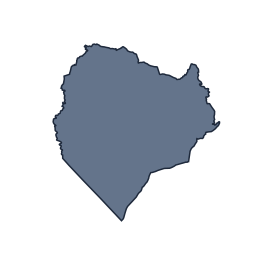 Ea Sup, Đắk Lắk, Vietnam, rotated 296°
{"feature_id": "81297802B87471755079038", "entity_name": "Ea Sup", "entity_type": "district", "adm_level": 2, "iso_a3": "VNM", "parent_name": "Vietnam", "parent_adm1": "Đắk Lắk", "projection": "robinson", "projection_center": [107.824, 13.181], "detail": "fine", "context": "isolated", "style": "filled", "palette": "slate", "viewbox_px": 256, "rotation_deg": 296, "n_neighbors": 0, "source": "geoboundaries", "source_scale": "gbopen_adm2", "svg_char_len": 5763}
<svg xmlns="http://www.w3.org/2000/svg" viewBox="0 0 256 256"><g transform="rotate(296 128 128)"><path d="M185.6,190.7L185.2,189.5L184.6,188.7L184.6,188.4L187.4,186.0L187.8,186.1L188.2,186.0L189.4,184.7L189.9,184.5L190.2,184.6L190.4,184.9L190.5,185.6L190.7,185.9L192.1,186.7L192.5,186.7L193.2,185.7L194.5,185.1L194.9,185.0L195.2,185.1L195.8,185.5L196.0,185.4L196.0,184.2L196.1,183.9L196.3,183.7L198.1,183.4L198.3,183.3L198.5,183.0L198.4,182.5L198.3,182.2L197.7,181.4L197.4,180.9L197.4,180.1L197.5,179.7L198.4,178.4L198.4,178.2L198.4,177.8L197.7,176.1L197.7,175.2L197.8,174.4L198.2,173.7L198.5,173.3L198.7,173.2L199.1,173.3L199.2,173.5L199.3,174.7L199.3,174.9L199.5,175.1L200.0,175.0L200.4,174.7L201.4,173.4L201.6,172.8L201.7,171.4L202.1,170.4L202.4,169.9L203.2,169.0L204.5,168.3L206.2,168.3L208.3,166.4L208.7,166.4L209.2,167.0L211.1,165.9L211.9,165.2L212.8,163.2L213.9,161.9L214.2,161.5L214.2,161.0L214.1,159.8L213.6,158.6L213.6,157.8L213.7,157.5L213.4,157.0L213.2,156.8L210.3,157.0L209.5,157.2L208.2,157.3L207.6,157.3L207.3,157.1L206.8,156.4L206.5,156.3L205.8,156.4L205.3,156.8L204.6,157.0L203.4,156.8L201.3,156.9L201.1,156.8L201.0,155.8L200.6,155.7L199.8,155.8L199.5,155.7L198.9,155.0L198.5,154.8L198.3,154.7L197.6,154.9L197.3,154.9L196.5,154.1L195.8,153.7L194.5,153.2L193.8,151.8L193.1,150.9L193.0,150.4L193.6,149.3L193.3,146.8L193.4,142.1L193.1,140.9L192.4,138.8L192.3,137.0L192.1,136.5L191.8,135.5L190.2,133.5L190.2,132.8L195.4,127.8L195.6,127.5L195.6,127.2L195.5,126.9L194.6,124.7L193.8,121.0L193.7,119.0L194.1,117.3L194.1,116.6L193.9,115.4L194.0,114.5L194.2,114.0L194.2,113.4L192.8,111.4L192.2,110.1L191.8,109.6L191.1,109.1L191.0,108.8L191.4,108.4L192.2,108.0L193.1,107.9L193.6,107.7L193.9,107.4L196.3,104.7L197.6,103.6L198.0,102.9L197.7,101.0L198.2,99.5L198.2,98.8L197.8,98.2L197.4,96.9L197.2,95.7L197.2,94.5L197.2,93.7L198.2,92.2L198.7,90.1L198.9,88.4L198.9,88.0L198.7,87.7L198.3,87.4L197.3,87.1L197.1,86.7L196.5,86.6L195.3,85.6L194.5,84.8L192.8,83.6L192.8,83.3L193.0,83.1L193.5,82.9L193.8,82.7L193.9,82.3L193.6,81.9L193.2,81.6L192.6,79.2L191.7,77.6L191.6,77.0L191.7,75.9L190.8,72.6L190.6,71.5L189.4,67.9L189.5,66.8L189.8,66.0L189.8,64.3L189.8,63.3L189.7,63.1L189.2,63.0L188.9,62.6L188.8,62.1L188.7,61.1L187.9,59.9L186.6,59.6L185.5,59.5L185.2,59.4L185.0,59.0L184.9,57.8L184.8,57.5L183.9,56.6L183.7,56.1L183.7,53.6L183.4,53.5L182.7,53.2L182.0,53.2L181.9,53.4L181.9,53.7L182.0,54.8L181.7,55.3L181.2,55.3L180.6,55.0L180.3,55.1L180.1,55.3L180.2,56.5L180.2,57.1L180.0,57.7L179.8,57.8L179.1,57.5L178.8,57.0L178.5,56.8L177.6,57.0L177.1,56.8L176.6,56.9L173.5,55.6L172.7,55.5L172.4,54.9L171.3,53.7L170.9,53.4L169.9,53.3L169.3,52.9L169.2,52.6L168.9,52.2L168.3,52.0L167.3,52.3L166.2,52.3L165.9,52.5L165.0,52.9L163.6,53.2L162.7,53.3L161.9,53.6L161.5,53.0L161.5,52.3L160.9,52.4L160.6,51.5L160.4,51.2L160.0,51.2L159.7,51.1L159.4,50.8L158.5,50.3L157.1,50.5L153.3,51.4L152.1,51.5L150.6,51.9L146.6,47.8L144.1,49.3L139.4,50.6L139.2,50.6L138.5,50.2L138.1,50.2L137.7,50.0L137.2,50.1L136.8,49.9L136.5,50.1L135.7,50.1L135.4,50.4L135.3,50.5L134.5,50.3L134.5,50.8L134.3,51.5L134.1,51.8L133.3,52.3L133.4,53.0L133.7,53.5L134.1,54.6L134.0,54.8L133.9,54.9L133.4,55.1L132.7,54.4L132.5,54.5L132.1,54.7L131.7,54.6L130.8,55.4L130.1,55.9L129.6,56.9L129.2,57.0L128.9,57.2L127.9,57.2L127.5,57.7L126.6,57.9L126.2,58.2L126.1,58.4L126.0,58.8L125.6,59.1L124.9,59.3L124.2,59.1L123.8,59.3L123.3,60.4L122.8,60.9L122.6,60.9L122.2,60.5L121.9,60.0L122.0,59.5L122.3,58.6L122.3,58.3L122.1,58.3L121.9,58.3L121.0,59.2L119.9,59.5L119.5,59.5L119.0,59.2L118.6,59.2L118.5,59.5L118.6,60.4L118.5,60.9L118.1,61.3L117.7,61.5L116.4,61.0L115.5,61.2L115.0,61.2L114.7,60.9L114.4,60.4L113.9,60.1L113.7,60.1L113.1,60.1L111.7,60.5L111.4,60.5L110.5,59.8L110.1,59.3L109.0,59.4L108.5,59.2L108.3,58.9L108.1,58.1L107.8,57.7L107.5,57.5L106.7,57.6L106.2,57.8L106.0,58.1L106.0,58.7L105.9,58.9L105.6,59.1L105.2,59.1L104.7,58.3L104.2,57.7L103.8,57.4L103.3,57.2L100.8,58.0L99.9,58.8L99.3,59.7L98.9,60.6L98.8,61.6L98.7,61.9L98.6,62.0L98.3,62.0L98.0,61.7L97.7,61.3L97.1,61.5L96.9,61.8L96.4,62.3L94.1,63.5L93.7,64.0L93.2,66.1L92.7,66.6L92.3,66.6L91.8,66.2L91.5,66.1L90.8,66.1L90.2,66.2L89.9,66.4L89.3,67.0L88.6,67.5L87.9,68.7L87.6,69.0L86.4,69.0L86.0,69.1L85.9,69.3L85.9,69.8L86.2,72.5L86.0,74.2L85.7,74.6L85.3,74.7L85.0,74.6L83.5,73.5L83.1,73.5L82.8,73.9L82.7,75.7L82.5,75.9L82.2,76.0L80.4,76.1L79.8,76.5L79.6,77.3L79.6,78.5L79.3,78.8L79.1,78.8L78.2,78.5L77.9,78.6L76.9,79.3L75.8,79.4L75.4,79.7L75.1,79.9L74.9,80.9L75.0,81.1L74.7,81.3L72.1,82.6L68.6,91.2L60.9,111.6L53.5,131.9L41.8,162.8L44.1,163.5L45.4,163.5L49.6,162.7L54.8,161.9L57.3,162.0L69.6,165.7L72.7,165.9L74.3,166.2L76.8,167.2L77.9,167.3L81.0,166.8L82.1,167.5L83.4,167.8L86.1,168.2L87.4,168.7L89.2,168.8L92.0,168.6L93.3,168.2L95.0,168.0L97.9,168.0L98.6,169.2L100.9,171.7L103.1,173.6L107.2,177.9L107.7,178.6L108.2,179.5L110.0,182.9L110.9,183.9L112.5,185.2L114.3,186.5L115.6,187.1L122.6,194.9L123.2,196.2L124.0,196.6L124.3,197.2L134.3,194.0L136.8,193.9L138.4,194.2L139.4,194.6L140.4,195.2L141.2,195.3L143.1,195.4L146.0,195.8L148.3,194.6L148.7,194.6L148.7,195.8L150.4,197.6L151.3,199.6L152.3,199.9L153.0,199.9L153.6,199.6L154.5,199.7L155.9,200.0L156.6,200.5L157.7,199.9L157.9,199.9L158.3,200.0L159.9,202.2L161.3,204.5L163.1,205.6L165.8,206.9L167.6,207.3L169.3,208.0L170.6,208.2L172.7,208.1L173.6,207.5L173.5,207.2L173.1,206.7L172.6,206.7L171.9,206.3L171.2,205.7L170.8,205.8L170.5,205.7L169.9,205.2L169.7,205.2L169.5,205.5L169.4,205.5L169.1,204.8L168.8,204.7L168.7,204.5L169.0,203.8L168.9,203.4L168.5,202.5L168.6,202.3L169.1,202.4L169.5,202.7L169.9,203.4L170.4,203.5L171.2,203.1L171.8,202.1L172.2,202.0L173.5,202.2L175.0,200.9L176.1,200.3L176.8,200.1L177.9,199.9L180.9,198.6L181.6,197.7L183.5,194.1L185.6,190.7Z" fill="#64748b" stroke="#1e293b" stroke-width="1.5"/></g></svg>